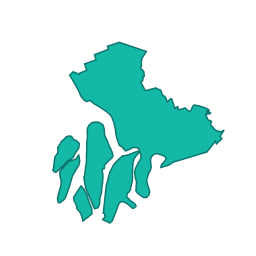 outline of Klang, Selangor, Malaysia, rotated 341°
{"feature_id": "92858781B44508451464311", "entity_name": "Klang", "entity_type": "district", "adm_level": 2, "iso_a3": "MYS", "parent_name": "Malaysia", "parent_adm1": "Selangor", "projection": "robinson", "projection_center": [101.362, 3.039], "detail": "fine", "context": "isolated", "style": "filled", "palette": "teal", "viewbox_px": 256, "rotation_deg": 341, "n_neighbors": 0, "source": "geoboundaries", "source_scale": "gbopen_adm2", "svg_char_len": 4684}
<svg xmlns="http://www.w3.org/2000/svg" viewBox="0 0 256 256"><g transform="rotate(341 128 128)"><path d="M90.0,59.0L92.1,68.9L93.4,76.5L93.7,79.0L93.6,80.6L93.9,82.8L94.8,84.8L95.2,86.8L97.3,89.5L100.9,89.5L102.0,91.1L103.4,93.5L108.9,100.0L113.4,106.1L115.0,108.9L116.1,111.5L116.3,115.0L116.4,118.2L115.7,124.9L114.8,128.9L114.1,134.2L114.1,141.6L115.9,143.3L118.2,148.9L123.0,148.7L124.7,148.1L126.6,148.3L128.6,148.7L131.1,150.1L131.6,155.0L131.6,156.6L130.9,159.6L129.8,161.3L128.0,163.1L126.1,164.5L124.1,166.7L122.3,168.3L120.9,170.2L119.8,172.0L119.3,174.2L118.6,179.1L118.6,181.5L117.1,184.9L115.0,190.2L115.9,192.8L117.7,195.6L119.3,197.7L120.5,199.1L123.2,199.7L125.7,198.3L127.7,195.6L128.0,193.2L128.0,189.8L128.2,186.5L128.6,183.3L131.3,179.6L133.1,177.2L135.0,175.8L137.2,172.6L138.2,167.9L139.1,164.9L140.7,163.1L141.8,162.3L143.2,161.5L145.7,161.3L147.4,161.9L149.1,163.1L150.9,164.5L152.4,165.5L153.6,167.1L154.0,169.3L153.2,170.6L147.9,173.4L146.1,176.0L154.0,176.4L160.2,175.0L194.7,176.4L206.5,168.9L206.5,171.8L213.3,168.7L212.2,165.9L218.2,161.3L216.2,161.7L215.4,161.7L214.4,161.7L213.7,161.4L210.4,159.0L209.5,157.6L208.5,155.0L207.2,152.2L207.8,150.5L209.0,149.3L208.6,148.1L206.7,146.9L206.0,145.3L206.1,143.3L205.8,141.2L205.8,140.3L206.4,140.4L207.0,140.8L207.5,140.6L207.7,140.1L208.2,140.3L208.5,140.7L209.1,141.0L209.7,141.3L210.3,141.2L210.9,140.6L209.9,139.6L208.6,138.9L207.5,138.2L208.2,137.7L209.3,138.4L210.1,138.4L210.4,137.3L209.3,136.0L208.3,134.9L206.5,133.3L205.1,132.3L204.2,131.7L202.3,130.1L200.3,129.1L198.9,128.2L197.4,127.8L196.3,128.7L195.3,129.6L194.0,131.1L193.0,132.0L191.7,132.5L189.6,129.9L189.3,128.6L188.3,127.6L186.8,127.6L185.5,127.7L183.2,127.3L181.4,126.9L181.1,126.0L182.0,125.0L182.0,123.9L179.8,124.2L179.1,124.8L178.7,124.2L178.8,114.8L177.8,114.1L176.5,114.8L175.4,115.4L173.5,116.0L173.5,112.4L173.3,111.0L172.9,109.8L171.5,108.8L171.1,102.7L167.9,100.1L167.5,99.2L156.5,98.4L155.0,88.5L157.2,88.1L158.3,86.2L159.0,84.4L160.2,84.4L160.8,82.0L161.3,79.8L160.6,77.8L159.5,76.5L159.7,74.9L160.6,74.3L161.3,72.7L162.0,70.1L162.9,68.4L164.0,66.6L170.2,61.6L147.7,44.2L135.2,44.0L135.2,47.2L120.2,47.8L120.0,53.1L107.8,53.3L107.8,60.0L100.1,60.4L99.5,61.4L94.5,57.0L90.0,59.0ZM76.0,191.2L77.3,188.6L78.4,185.7L79.8,183.3L81.8,180.7L83.4,176.8L84.8,174.0L86.1,171.6L87.3,168.7L88.7,165.3L89.4,162.3L89.6,160.9L89.8,158.8L92.5,158.6L93.7,155.4L95.7,154.4L98.0,153.2L100.7,152.0L103.4,150.9L104.8,149.3L105.0,146.3L105.0,143.1L104.5,139.8L104.3,136.8L104.3,133.6L103.7,128.9L103.6,126.5L104.5,123.8L105.0,121.6L105.4,118.8L105.2,116.6L103.9,115.0L102.3,113.1L100.2,112.1L98.2,111.5L95.3,111.3L91.8,112.9L89.8,114.8L88.2,118.0L87.3,121.6L86.1,124.7L84.3,128.3L82.8,132.3L81.8,135.8L80.2,139.4L79.4,141.6L78.2,145.1L76.8,148.3L75.1,151.3L73.9,153.8L72.5,156.8L71.2,159.0L70.0,160.9L69.6,163.9L69.1,166.7L68.7,169.7L68.5,172.2L68.7,174.0L70.0,193.4L73.5,193.6L76.0,191.2ZM113.6,152.6L108.0,155.0L105.0,156.6L102.1,158.4L100.3,160.2L98.6,161.7L96.8,163.5L93.9,167.7L88.6,175.6L76.9,200.5L78.0,201.1L77.7,202.7L77.3,204.5L74.3,206.4L80.0,212.0L82.3,211.0L84.3,209.2L86.2,206.8L88.4,204.3L90.2,202.1L92.8,198.7L95.2,196.2L97.1,195.4L100.2,196.6L102.1,198.7L104.1,201.7L106.1,205.3L107.7,205.7L110.2,204.5L110.0,202.7L108.7,200.1L107.5,198.7L106.4,197.0L104.5,192.8L105.0,191.2L106.4,189.4L107.9,189.0L110.0,187.3L111.1,185.5L112.5,183.1L114.8,179.5L116.3,176.0L117.1,173.0L118.2,170.2L120.4,164.7L122.0,161.7L123.4,159.4L125.7,157.6L127.7,156.4L130.4,155.0L130.0,153.4L128.6,153.2L125.0,153.2L122.7,153.4L120.9,153.4L117.9,153.4L113.6,152.6ZM47.6,145.5L54.6,142.5L59.6,139.6L62.6,139.2L65.1,138.4L66.8,137.8L68.4,136.0L70.0,134.6L71.8,133.2L75.0,130.9L76.0,128.7L76.9,126.9L76.0,124.7L75.0,123.0L72.8,121.2L72.1,119.0L72.1,117.8L70.0,116.4L67.6,116.2L65.9,116.6L65.0,117.4L61.0,118.8L58.7,120.8L55.3,123.6L54.4,126.3L53.5,128.7L51.0,130.5L49.4,131.7L48.2,134.0L47.3,136.2L46.0,138.4L44.1,142.5L43.2,143.3L43.9,145.3L45.3,146.5L47.6,145.5ZM72.3,139.8L72.6,137.6L71.0,138.6L69.6,139.8L68.0,140.4L65.7,140.4L63.5,140.2L61.4,140.2L56.6,142.7L54.1,144.3L52.1,145.3L49.8,146.5L48.7,148.7L48.2,151.1L47.8,152.8L47.8,155.4L47.1,157.6L46.2,159.8L45.1,161.7L42.8,164.9L41.6,166.7L40.3,168.5L38.3,172.0L37.8,174.2L38.0,176.0L39.8,176.6L42.1,175.6L44.4,174.8L46.0,173.6L53.7,164.1L57.6,158.4L59.8,155.4L61.7,153.6L63.4,152.2L65.5,150.3L66.8,149.3L69.6,146.9L71.6,143.5L71.9,141.8L72.3,139.8ZM66.0,197.5L67.5,191.8L67.1,185.7L67.3,177.6L66.4,171.4L64.8,167.5L59.8,171.2L53.9,176.0L53.3,179.1L53.9,182.1L53.9,185.3L53.5,188.2L55.3,192.4L55.5,195.6L55.5,198.1L55.1,201.3L66.0,197.5Z" fill="#14b8a6" stroke="#0f766e" stroke-width="1.5"/></g></svg>